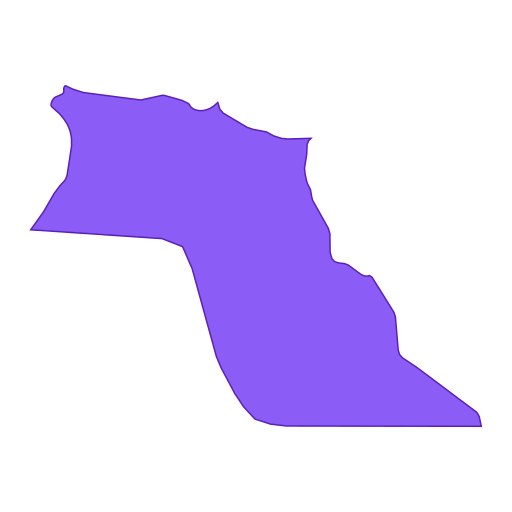 the border of El Oued
{"feature_id": "DZA-2191", "entity_name": "El Oued", "entity_type": "Province", "adm_level": 1, "iso_a3": "DZA", "parent_name": "Algeria", "parent_adm1": "", "projection": "natural_earth1", "projection_center": [6.786, 33.25], "detail": "fine", "context": "isolated", "style": "filled", "palette": "violet", "viewbox_px": 512, "rotation_deg": 0, "n_neighbors": 0, "source": "natural_earth", "source_scale": "10m", "svg_char_len": 1449}
<svg xmlns="http://www.w3.org/2000/svg" viewBox="0 0 512 512"><path d="M329.9,234.0L330.1,252.1L331.8,258.5L334.7,261.7L338.8,263.0L344.1,263.5L348.1,264.9L360.5,274.1L362.6,275.2L364.9,276.0L367.2,276.1L369.5,275.6L372.0,277.2L382.6,294.1L393.9,312.3L395.4,316.7L397.0,335.8L398.2,349.9L399.5,354.4L399.6,354.6L402.7,358.0L416.4,367.1L434.2,380.4L457.5,397.9L476.4,412.0L477.9,414.0L479.2,416.5L481.3,426.3L286.5,426.0L270.5,424.1L255.0,419.1L243.7,406.9L234.9,393.7L221.2,368.0L216.4,356.6L192.1,268.5L182.6,246.7L162.0,238.6L30.7,229.8L43.4,212.0L54.2,193.4L60.0,185.6L64.8,180.5L66.2,177.8L67.2,174.7L71.6,145.8L71.5,139.1L71.2,136.1L70.1,131.1L68.3,126.4L67.2,124.1L63.8,118.9L59.7,113.9L51.9,106.9L51.4,106.2L51.0,105.2L51.2,103.5L51.7,101.8L52.5,100.1L53.3,98.9L54.5,97.7L55.8,96.9L60.3,95.0L62.3,94.0L63.6,92.6L63.8,90.7L63.7,88.5L64.4,86.6L65.0,85.9L65.4,85.7L65.8,85.8L72.7,89.1L83.2,92.5L140.8,100.0L162.3,95.3L164.3,95.4L181.8,100.3L188.2,103.4L189.4,104.6L190.2,106.1L191.3,107.4L193.0,108.7L195.1,109.7L196.7,110.2L199.1,110.6L202.6,110.6L206.1,109.9L210.1,108.4L213.9,105.9L217.8,102.5L219.9,109.3L223.2,113.1L247.0,127.3L253.3,129.4L266.4,131.9L273.7,135.9L281.3,138.3L287.6,139.0L310.9,138.3L311.0,138.3L308.6,140.8L307.1,144.5L306.7,154.5L304.5,168.2L305.0,173.5L306.6,181.0L307.3,183.3L310.5,189.7L311.7,196.8L312.6,200.3L319.7,212.9L328.2,228.1L329.9,233.5L329.9,234.0Z" fill="#8b5cf6" stroke="#5b21b6" stroke-width="1.5"/></svg>